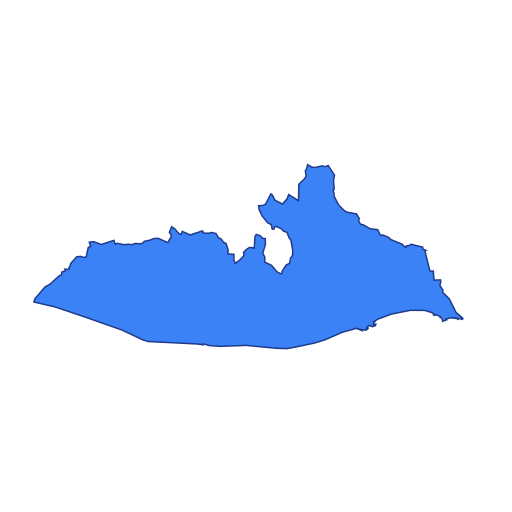 outline of Greystones Lea-6, Wicklow, Ireland, rotated 98°
{"feature_id": "5873133B55746922495286", "entity_name": "Greystones Lea-6", "entity_type": "district", "adm_level": 2, "iso_a3": "IRL", "parent_name": "Ireland", "parent_adm1": "Wicklow", "projection": "mercator", "projection_center": [-6.093, 53.104], "detail": "fine", "context": "isolated", "style": "filled", "palette": "blue", "viewbox_px": 512, "rotation_deg": 98, "n_neighbors": 0, "source": "geoboundaries", "source_scale": "gbopen_adm2", "svg_char_len": 2949}
<svg xmlns="http://www.w3.org/2000/svg" viewBox="0 0 512 512"><g transform="rotate(98 256 256)"><path d="M332.5,469.5L334.4,448.0L339.8,419.0L348.0,378.3L354.7,356.8L355.7,351.1L351.3,301.9L351.3,296.0L350.4,296.2L350.4,295.4L351.2,289.8L350.5,279.1L345.9,253.4L344.5,222.3L343.4,212.4L339.3,200.3L333.9,185.6L329.5,176.2L319.7,160.3L313.7,146.6L314.1,145.2L313.5,145.1L314.8,142.6L314.1,142.4L315.2,140.3L314.1,140.1L314.2,136.8L311.8,136.2L312.9,135.4L312.2,134.9L310.0,135.6L308.8,133.6L309.6,132.7L309.7,130.6L308.2,128.0L306.8,127.8L306.9,128.6L308.0,128.3L308.3,129.3L307.7,130.0L305.0,130.4L304.1,129.8L304.6,129.2L303.2,128.6L301.2,125.9L294.7,113.8L288.3,95.6L286.4,81.4L287.5,74.2L288.6,72.0L289.5,72.0L289.1,71.1L289.9,70.7L289.1,69.6L290.3,65.2L291.1,65.1L290.9,64.5L292.5,62.9L294.7,62.1L293.4,59.6L292.0,59.1L292.5,58.3L291.7,58.3L289.8,54.1L290.3,53.2L289.5,51.5L290.2,50.7L289.4,48.5L290.7,47.7L289.4,45.1L290.2,43.4L289.7,42.5L288.8,42.6L284.0,50.1L271.7,58.5L265.9,66.2L263.8,66.1L259.5,69.9L256.6,69.4L254.0,69.9L255.1,76.4L246.2,78.3L246.8,81.6L227.4,89.5L226.8,88.5L226.0,91.7L224.0,92.2L222.8,104.1L224.1,105.5L225.1,108.6L226.6,108.6L225.8,110.9L224.0,112.8L221.1,124.3L219.1,127.4L217.5,133.4L218.4,135.5L213.0,139.2L213.1,146.8L210.0,154.6L210.2,156.7L207.1,159.3L204.6,158.9L200.3,162.4L200.0,171.6L199.0,174.5L194.2,181.1L185.9,187.0L182.4,187.7L180.7,188.8L178.7,187.9L170.7,189.7L165.0,189.5L156.3,197.2L156.8,197.9L157.8,199.4L157.6,203.3L160.1,209.7L160.2,213.1L158.4,217.6L162.7,218.0L164.7,219.0L170.0,217.5L172.7,218.6L179.0,223.6L195.3,221.6L190.6,232.2L194.9,233.1L200.9,237.0L198.1,245.0L193.3,248.3L192.4,249.9L203.4,253.8L205.1,256.3L205.8,260.4L209.5,259.4L215.4,255.6L221.7,248.8L222.7,245.3L227.1,243.7L227.0,242.1L224.7,241.6L223.9,240.4L225.4,234.8L227.7,232.0L228.2,228.6L233.4,225.8L235.7,223.5L246.1,220.2L250.4,220.0L253.5,221.5L258.7,221.7L260.5,224.7L267.5,228.0L269.8,228.0L270.2,229.0L268.7,233.1L263.1,239.3L260.8,246.4L255.7,247.2L252.4,249.7L243.2,248.3L237.5,249.2L237.5,252.2L235.5,254.3L234.6,258.7L236.9,259.7L248.3,258.9L248.4,263.6L251.0,266.6L254.1,268.8L257.5,268.0L262.6,271.8L266.2,275.6L262.7,277.4L257.4,278.1L257.9,284.3L254.2,284.3L247.8,287.4L247.0,290.0L244.0,292.9L243.3,295.5L239.3,298.8L238.9,303.7L239.8,304.9L240.6,309.8L240.1,311.9L238.7,312.1L238.9,313.2L244.3,324.1L241.9,332.4L245.1,333.2L244.3,335.9L240.5,340.1L238.8,343.6L244.7,345.1L246.6,343.1L249.7,342.5L250.8,343.6L255.0,345.2L252.1,355.3L252.9,359.6L255.2,363.5L257.1,368.8L258.7,369.6L260.0,371.9L260.4,377.5L262.1,380.5L262.1,384.0L263.2,388.1L262.7,395.0L264.0,396.9L260.3,398.9L266.1,410.8L264.4,418.7L265.5,423.0L269.4,421.1L270.9,423.3L280.6,424.1L281.4,426.4L280.8,429.6L281.7,433.4L289.1,438.4L292.6,438.9L293.8,439.7L295.5,439.5L295.5,443.4L297.4,442.8L298.8,446.0L302.0,446.1L302.8,448.0L312.4,455.9L316.0,460.6L329.1,469.0L332.5,469.5Z" fill="#3b82f6" stroke="#1e3a8a" stroke-width="1.5"/></g></svg>